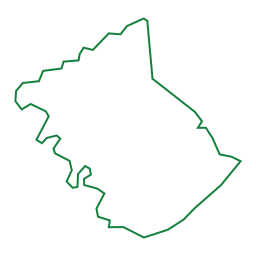 Owen, Kentucky, United States of America
{"feature_id": "52423323B69161309107902", "entity_name": "Owen", "entity_type": "district", "adm_level": 2, "iso_a3": "USA", "parent_name": "United States of America", "parent_adm1": "Kentucky", "projection": "natural_earth1", "projection_center": [-84.882, 38.532], "detail": "fine", "context": "isolated", "style": "outline", "palette": "green", "viewbox_px": 256, "rotation_deg": 0, "n_neighbors": 0, "source": "geoboundaries", "source_scale": "gbopen_adm2", "svg_char_len": 795}
<svg xmlns="http://www.w3.org/2000/svg" viewBox="0 0 256 256"><path d="M108.8,227.2L123.4,227.1L143.9,237.5L167.9,229.7L183.6,219.6L194.7,208.2L221.1,185.0L240.6,161.2L231.4,156.7L219.7,154.4L212.5,138.1L205.9,127.8L197.9,127.8L202.0,121.3L195.0,112.0L152.5,78.7L147.3,20.9L143.7,18.5L127.0,26.0L120.5,34.3L108.8,33.4L92.9,49.9L83.6,47.7L79.7,54.0L78.6,60.4L63.6,61.6L61.5,68.5L43.1,70.9L38.9,81.2L22.8,83.0L16.1,91.0L15.4,101.2L21.7,109.4L30.6,104.0L45.8,111.3L48.7,116.4L36.4,139.8L42.0,143.2L46.7,138.0L56.7,135.5L60.3,138.6L53.5,148.6L55.0,153.3L69.6,160.9L71.8,170.3L66.6,181.5L72.7,187.8L77.5,186.9L78.0,174.1L85.1,166.0L89.8,168.7L90.9,174.6L84.0,178.9L84.2,185.0L97.3,188.6L104.4,193.5L96.5,208.6L98.0,216.7L109.8,220.4L108.8,227.2Z" fill="none" stroke="#15803d" stroke-width="2"/></svg>